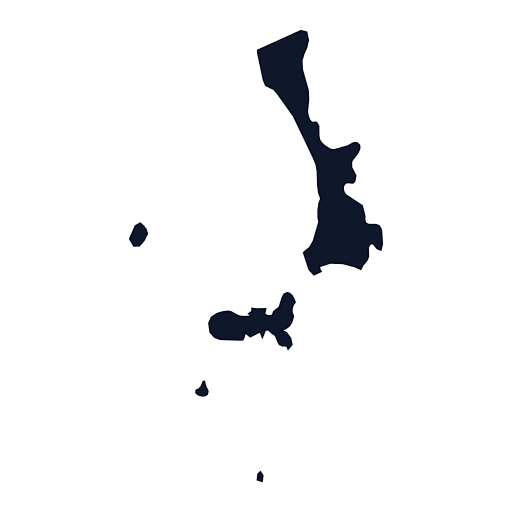 outline of Livorno
{"feature_id": "ITA-5380", "entity_name": "Livorno", "entity_type": "Province", "adm_level": 1, "iso_a3": "ITA", "parent_name": "Italy", "parent_adm1": "", "projection": "albers", "projection_center": [10.397, 42.98], "detail": "fine", "context": "isolated", "style": "filled", "palette": "ink", "viewbox_px": 512, "rotation_deg": 0, "n_neighbors": 0, "source": "natural_earth", "source_scale": "10m", "svg_char_len": 2413}
<svg xmlns="http://www.w3.org/2000/svg" viewBox="0 0 512 512"><path d="M360.8,269.3L354.9,266.6L342.6,263.4L330.2,263.0L319.1,266.6L320.2,270.2L321.0,271.5L314.0,274.8L309.2,269.6L303.6,252.6L309.9,247.3L313.5,240.9L319.0,221.9L318.2,217.8L318.1,210.5L319.1,203.1L320.9,198.6L318.8,192.8L317.8,185.5L317.4,171.5L316.2,164.4L313.4,157.6L293.4,115.8L277.5,93.6L274.0,89.4L265.8,85.5L263.5,80.0L258.0,54.0L257.6,50.3L300.9,30.7L306.6,32.1L308.3,40.3L306.5,47.7L303.8,53.8L301.8,60.4L302.2,69.4L308.1,90.4L308.5,99.4L307.3,111.7L308.1,116.1L309.6,120.0L311.7,122.4L312.9,122.6L315.5,122.2L316.6,122.6L318.6,125.9L318.7,135.5L319.5,139.9L321.4,142.7L324.4,145.6L330.4,149.4L334.0,149.9L347.6,146.1L353.7,142.8L356.7,142.7L359.5,145.0L359.7,148.5L358.1,152.3L352.2,160.2L351.4,162.0L351.5,167.3L355.7,175.6L354.7,181.3L352.8,183.0L347.8,182.5L345.5,183.0L343.5,185.7L343.1,188.9L343.9,192.1L345.7,194.8L362.1,205.7L363.7,211.8L364.7,215.8L364.7,219.8L365.5,223.1L368.8,224.6L376.0,224.6L379.2,225.9L381.4,229.8L382.3,243.9L380.9,250.0L377.2,248.6L373.6,244.1L371.5,243.3L369.1,245.2L368.2,247.8L368.4,256.6L367.0,260.1L362.5,265.6L360.8,269.3ZM295.1,302.2L293.2,304.8L292.0,308.3L291.9,312.3L293.4,316.3L291.7,322.1L289.3,325.9L285.9,328.5L281.3,330.4L286.2,332.5L290.5,338.2L291.9,344.6L288.1,349.1L286.9,346.0L285.0,345.7L282.5,345.9L279.5,344.4L278.4,342.6L275.9,336.4L275.1,335.1L271.9,333.1L268.5,329.9L265.3,329.9L262.4,337.4L260.1,331.7L250.2,336.8L245.2,332.5L243.8,337.8L242.6,339.8L241.2,340.0L220.4,339.3L214.8,337.3L210.2,332.3L208.9,323.2L211.5,317.3L216.9,313.7L223.3,311.8L228.6,311.3L231.3,312.0L236.8,315.1L239.9,316.3L244.4,316.7L250.4,316.3L250.1,314.6L250.0,314.2L249.6,314.3L248.7,313.7L252.0,311.4L252.0,308.8L252.0,308.4L256.3,309.0L265.7,308.8L264.5,313.8L267.2,315.8L270.9,315.8L272.7,315.0L273.6,311.8L275.6,310.0L277.8,308.5L279.5,306.7L282.2,297.9L284.1,294.2L287.3,292.7L289.7,293.5L292.0,295.7L293.8,298.8L295.1,302.2ZM143.7,226.3L144.1,226.9L144.7,227.9L145.6,228.6L147.4,233.5L144.1,240.2L139.3,245.8L133.9,246.0L129.7,238.9L135.4,225.9L140.2,223.1L143.7,226.3ZM206.2,387.8L207.3,389.6L207.8,390.5L207.8,391.9L207.2,394.3L204.7,395.8L201.2,395.7L197.9,394.6L195.8,392.5L196.3,390.1L198.9,389.1L201.4,386.2L203.2,381.6L204.4,381.3L205.2,385.0L206.2,387.8ZM258.0,474.1L260.4,471.8L262.8,475.5L262.1,481.3L257.4,479.9L258.0,474.1Z" fill="#0f172a" stroke="#020617" stroke-width="1.5"/></svg>